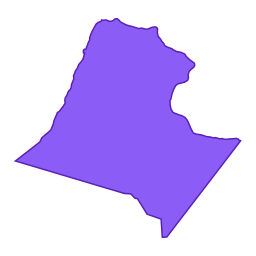 the district of Loudoun, Virginia, United States of America
{"feature_id": "52423323B61122994047391", "entity_name": "Loudoun", "entity_type": "district", "adm_level": 2, "iso_a3": "USA", "parent_name": "United States of America", "parent_adm1": "Virginia", "projection": "mercator", "projection_center": [-77.613, 39.085], "detail": "fine", "context": "isolated", "style": "filled", "palette": "violet", "viewbox_px": 256, "rotation_deg": 0, "n_neighbors": 0, "source": "geoboundaries", "source_scale": "gbopen_adm2", "svg_char_len": 2052}
<svg xmlns="http://www.w3.org/2000/svg" viewBox="0 0 256 256"><path d="M15.4,161.0L124.5,193.5L130.8,193.9L135.2,198.4L137.4,198.6L147.1,214.2L161.1,219.1L162.3,237.3L166.8,237.0L180.7,218.8L189.1,207.9L203.7,188.9L214.2,175.2L214.8,174.4L222.8,164.0L225.4,160.6L240.6,140.8L238.7,140.0L238.6,139.4L238.1,139.0L236.4,138.4L232.8,138.8L229.5,138.9L226.7,139.3L224.0,139.2L222.2,138.5L220.2,138.9L215.4,137.6L214.5,137.7L213.5,137.8L209.7,136.9L206.9,136.7L201.9,135.0L196.4,134.1L194.5,133.5L193.3,132.9L192.9,132.4L190.6,127.9L190.5,127.7L189.4,124.9L187.8,121.3L186.3,118.9L184.7,117.2L181.4,115.5L179.7,115.1L174.2,113.0L172.5,111.9L172.2,111.2L170.9,108.8L170.1,104.4L170.0,101.0L169.9,100.3L170.8,99.3L172.1,93.5L173.8,89.0L175.8,85.5L177.8,83.9L184.6,82.2L187.2,80.6L187.7,80.0L188.5,78.0L188.2,74.7L189.0,71.8L190.2,70.2L193.9,67.1L194.2,66.3L194.6,65.6L194.7,64.2L194.5,63.7L193.8,62.7L189.8,59.8L186.4,56.6L185.1,54.5L184.3,53.8L180.8,52.3L176.6,51.5L172.6,49.4L172.2,48.8L171.6,48.6L167.4,47.1L165.2,45.9L164.3,45.0L163.9,43.7L163.3,42.9L161.5,40.9L160.7,39.3L158.0,36.1L157.3,32.3L157.6,28.9L157.2,28.0L156.2,27.2L155.9,27.0L154.7,26.9L151.7,27.4L148.3,28.9L146.7,29.2L144.5,28.9L142.0,28.1L138.4,28.5L131.2,26.2L129.8,26.0L126.0,24.8L120.6,22.0L118.7,19.8L117.1,18.7L116.7,18.7L115.0,18.9L113.1,20.6L111.0,21.3L109.4,21.2L105.8,19.9L102.9,20.3L101.6,20.0L101.5,20.7L100.9,21.3L97.9,22.6L96.1,24.1L91.7,32.1L90.7,34.7L89.8,37.4L89.6,38.8L89.7,39.9L89.7,40.2L88.9,41.2L88.7,41.5L87.8,43.9L87.7,44.4L86.8,46.4L86.6,46.8L86.2,48.9L84.9,49.4L84.4,49.2L84.0,49.8L83.6,50.0L83.4,50.3L83.4,52.8L83.5,53.0L84.6,53.0L83.3,58.1L83.2,58.8L80.8,62.2L79.7,63.3L78.8,64.6L77.0,68.7L75.3,71.0L74.9,72.8L73.6,75.4L73.5,75.9L73.8,78.3L73.7,79.0L71.3,85.1L71.4,85.7L71.2,87.5L70.9,88.3L69.8,90.1L69.0,90.5L68.3,91.7L66.4,96.2L65.4,97.5L64.9,99.6L64.8,100.7L65.1,101.9L65.1,103.2L63.0,106.7L62.9,106.6L59.2,111.5L57.4,112.5L56.9,113.8L53.9,121.0L53.4,123.7L50.7,130.2L41.8,137.8L39.9,141.9L15.4,161.0Z" fill="#8b5cf6" stroke="#5b21b6" stroke-width="1.5"/></svg>